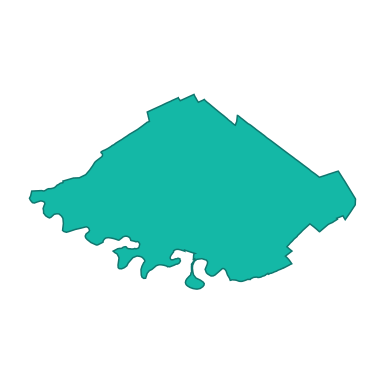 Halaucesti, Iasi, Romania (Robinson projection), rotated 176°
{"feature_id": "2599482B62160059118691", "entity_name": "Halaucesti", "entity_type": "district", "adm_level": 2, "iso_a3": "ROU", "parent_name": "Romania", "parent_adm1": "Iasi", "projection": "robinson", "projection_center": [26.82, 47.1], "detail": "fine", "context": "isolated", "style": "filled", "palette": "teal", "viewbox_px": 384, "rotation_deg": 176, "n_neighbors": 0, "source": "geoboundaries", "source_scale": "gbopen_adm2", "svg_char_len": 6023}
<svg xmlns="http://www.w3.org/2000/svg" viewBox="0 0 384 384"><g transform="rotate(176 192 192)"><path d="M183.2,289.2L197.4,283.9L197.8,284.7L198.9,286.3L199.1,286.6L199.1,287.0L205.7,284.6L206.7,284.1L211.0,282.6L217.0,280.2L225.3,277.1L231.1,274.9L230.5,271.8L230.4,270.7L230.2,269.6L230.0,268.6L229.7,266.1L229.5,265.5L230.3,265.1L231.9,264.7L233.3,263.7L234.9,262.7L236.2,261.8L242.1,258.1L250.3,254.0L253.4,252.1L256.0,250.7L258.1,249.4L260.5,248.2L264.5,246.1L266.7,244.6L268.5,243.9L269.4,243.2L272.7,241.4L275.9,240.0L277.8,239.4L279.7,238.5L279.9,238.2L279.9,237.8L280.0,237.6L278.9,236.6L278.7,236.3L278.8,234.5L279.0,234.1L279.2,233.9L279.3,233.6L285.3,229.7L286.9,228.4L289.9,224.2L290.2,224.0L292.3,221.3L296.8,216.7L302.3,214.5L303.4,214.0L309.3,214.2L320.0,211.9L319.9,211.4L320.0,210.4L320.5,210.2L322.0,210.1L323.0,209.8L324.0,209.2L324.7,208.7L325.7,208.4L326.0,208.3L327.9,206.6L329.0,206.0L329.6,205.7L332.5,205.2L333.4,205.3L333.7,205.3L333.9,205.2L335.0,205.3L336.5,204.8L338.3,203.8L339.4,203.4L340.2,203.4L341.9,203.9L351.8,204.1L353.3,199.2L354.6,197.1L353.7,194.9L351.9,192.5L350.0,192.0L346.9,192.9L343.4,193.7L341.5,193.1L339.9,192.1L339.6,190.4L340.5,188.8L341.7,185.9L341.4,183.6L341.5,181.2L340.8,180.3L339.7,178.5L337.4,176.8L336.0,176.1L334.5,176.6L331.0,179.4L328.3,179.7L326.2,179.4L323.8,177.0L322.6,174.7L322.5,169.5L323.8,162.7L322.5,161.5L320.1,160.6L317.6,161.1L311.0,162.8L305.9,163.6L299.8,164.7L297.8,163.5L297.2,162.1L296.9,160.7L297.8,159.4L300.5,157.6L301.6,155.5L301.3,153.8L299.9,151.9L296.3,148.6L291.1,145.8L289.8,145.8L284.3,148.1L284.3,148.4L283.9,149.6L283.4,150.4L282.0,151.7L281.1,152.1L280.5,152.2L278.6,152.3L275.8,151.7L273.4,151.0L270.8,150.0L269.3,149.3L268.7,149.1L268.3,149.1L267.7,149.3L266.6,150.2L265.8,150.6L264.1,151.9L263.1,152.3L261.5,152.6L260.9,152.5L260.0,152.4L259.0,152.0L257.9,151.3L257.0,150.3L256.4,148.0L256.2,147.9L252.9,146.9L252.3,146.6L252.1,146.6L251.9,146.4L251.6,146.3L251.2,146.2L250.2,146.5L248.9,145.9L248.7,145.7L247.8,144.0L247.8,143.4L248.3,142.0L248.5,141.1L249.0,140.4L249.4,139.9L250.1,139.6L251.3,139.3L251.6,139.2L252.5,139.3L252.7,139.6L252.9,139.7L254.3,139.3L255.4,139.3L255.7,139.3L256.3,139.3L257.2,139.6L259.2,139.9L260.1,140.2L260.6,140.5L261.1,141.4L261.7,142.0L262.4,142.1L264.3,141.8L264.9,141.5L265.6,141.0L266.1,140.8L267.0,140.7L268.0,140.8L270.0,140.6L274.8,138.5L273.2,136.9L271.1,135.5L270.1,133.3L269.4,131.4L270.9,124.3L270.9,121.7L269.9,120.6L267.6,120.3L264.8,121.2L262.2,122.9L260.6,125.6L255.6,130.6L251.4,132.0L248.9,131.5L247.0,130.8L246.0,130.0L245.2,129.1L244.3,127.9L243.8,126.5L244.1,125.7L245.0,125.0L247.1,121.4L248.3,118.2L248.4,112.6L247.8,110.5L246.2,109.2L244.3,109.2L243.5,111.1L242.4,114.0L240.0,116.5L237.5,117.5L232.7,121.0L230.0,121.7L227.7,121.5L225.2,120.9L222.4,119.9L221.6,119.1L220.8,119.2L219.4,118.9L214.7,120.3L213.1,121.0L212.4,121.1L211.6,121.1L211.1,121.3L209.9,121.9L209.2,122.7L208.8,123.5L208.4,123.9L208.4,124.1L208.4,124.6L208.9,125.8L208.8,126.2L209.7,126.5L209.8,126.7L210.6,126.9L211.1,126.8L211.5,126.6L212.1,126.4L212.8,126.5L213.2,126.5L214.9,125.9L216.1,125.7L217.2,125.8L217.9,126.2L218.4,127.5L218.4,127.8L218.3,128.4L218.1,128.9L217.4,130.2L216.7,131.1L215.9,131.9L215.4,132.7L214.7,133.3L214.5,133.7L214.4,134.7L213.1,135.4L211.9,135.8L209.9,135.8L207.4,135.1L203.7,133.6L204.0,134.2L203.7,134.7L198.4,132.5L193.4,130.5L194.2,130.3L194.4,130.1L194.9,128.1L195.1,126.4L195.1,126.1L195.2,125.6L195.3,125.2L195.4,124.8L193.9,125.2L193.9,124.6L196.7,120.9L197.4,120.2L197.5,119.9L197.6,119.5L197.5,118.7L197.7,118.0L197.8,116.7L198.0,112.1L198.6,111.5L199.2,109.3L201.0,107.8L203.3,105.6L204.3,104.1L204.9,102.2L204.6,100.7L204.0,99.6L202.9,98.5L200.6,96.9L197.7,95.6L194.6,94.9L193.3,94.8L190.5,95.2L187.8,96.8L186.5,98.3L186.2,99.8L187.1,101.3L189.8,103.5L194.0,105.9L196.2,109.1L196.7,112.1L196.9,115.9L196.5,118.8L194.5,122.7L191.8,124.5L186.8,124.8L182.5,123.1L181.4,121.5L181.4,120.8L181.7,119.1L184.3,113.9L183.3,110.5L182.1,109.1L178.9,106.9L176.8,106.8L174.8,107.6L167.0,113.5L165.8,113.4L164.5,112.5L163.5,110.8L162.4,106.8L160.6,103.3L160.0,101.2L159.1,101.3L158.4,101.6L158.1,101.6L155.3,101.2L154.0,100.9L151.5,99.8L150.9,99.6L149.4,99.4L148.3,99.4L146.8,99.7L144.4,100.3L143.4,100.7L142.6,100.9L139.8,100.7L139.4,101.4L138.3,101.8L136.6,102.5L134.9,102.6L133.2,102.6L132.8,102.4L132.3,102.1L131.1,102.1L130.0,102.2L128.6,102.5L128.2,102.8L127.0,103.2L126.2,103.2L125.5,103.6L124.7,103.8L123.9,104.5L123.2,104.9L122.4,104.9L121.9,105.5L121.3,104.6L119.7,105.4L118.7,105.4L116.1,106.2L115.7,106.5L113.3,107.1L111.3,108.1L109.1,108.7L107.0,109.5L106.3,109.9L106.1,109.7L105.0,110.2L104.3,110.5L99.5,112.6L98.9,113.0L98.0,113.2L97.9,113.4L97.5,113.5L99.2,116.4L100.2,117.9L101.9,120.0L103.3,121.5L96.4,126.1L99.6,129.1L100.2,129.8L101.2,130.7L101.2,130.8L98.7,133.0L97.7,134.1L95.4,136.0L93.4,138.0L90.5,140.1L90.2,140.4L89.7,141.2L86.2,144.1L84.3,145.9L76.6,152.0L73.1,148.9L70.4,146.3L67.7,143.5L67.4,143.5L58.6,150.0L57.4,150.6L53.8,151.9L52.2,152.9L50.9,153.5L48.8,154.7L49.5,155.7L43.1,157.7L42.3,156.0L41.1,153.7L35.8,160.3L32.0,165.3L30.5,167.2L30.2,167.6L30.0,168.2L29.6,171.9L29.4,173.2L29.4,173.5L29.5,173.9L31.2,177.2L39.0,192.3L40.2,194.4L44.6,202.6L46.2,202.3L52.9,200.6L55.1,200.1L55.5,199.9L62.3,198.2L63.9,197.8L67.9,201.4L71.7,204.5L72.7,205.5L73.7,206.5L79.6,211.6L84.5,215.9L86.6,217.6L88.1,219.0L92.8,223.0L94.2,224.2L109.9,237.9L113.0,240.4L113.9,241.2L115.9,243.2L123.8,250.0L124.7,250.9L128.4,254.2L129.9,255.4L131.0,256.0L131.8,256.7L136.6,261.2L137.7,262.1L140.0,264.3L141.1,265.2L141.4,265.2L142.5,259.1L143.0,258.2L144.1,255.6L144.7,255.9L146.2,257.2L147.0,257.9L148.0,259.1L148.8,259.7L150.8,261.5L152.2,263.1L152.8,263.6L155.3,266.1L156.5,267.1L160.7,271.0L161.6,271.9L162.6,272.8L164.1,274.3L165.7,275.8L169.4,279.4L170.4,280.2L171.5,281.4L172.3,282.1L173.3,283.5L174.7,282.8L176.4,282.2L179.4,281.1L180.6,283.2L181.8,285.9L182.1,286.3L182.6,287.5L183.2,289.2Z" fill="#14b8a6" stroke="#0f766e" stroke-width="1.5"/></g></svg>